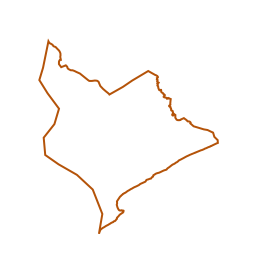 Gomoa Central, Central, Ghana (Mercator projection), rotated 350°
{"feature_id": "2480657B15531990631346", "entity_name": "Gomoa Central", "entity_type": "district", "adm_level": 2, "iso_a3": "GHA", "parent_name": "Ghana", "parent_adm1": "Central", "projection": "mercator", "projection_center": [-0.697, 5.353], "detail": "fine", "context": "isolated", "style": "outline", "palette": "amber", "viewbox_px": 256, "rotation_deg": 350, "n_neighbors": 0, "source": "geoboundaries", "source_scale": "gbopen_adm2", "svg_char_len": 5573}
<svg xmlns="http://www.w3.org/2000/svg" viewBox="0 0 256 256"><g transform="rotate(350 128 128)"><path d="M81.0,227.2L81.2,226.6L81.6,226.2L81.7,225.7L81.9,225.5L82.1,225.2L82.3,224.8L82.6,224.4L82.8,223.9L83.3,223.4L84.0,223.0L84.8,222.5L85.6,222.1L87.3,221.5L88.5,221.0L89.7,220.5L90.8,220.2L92.0,219.8L92.9,219.4L93.8,219.1L94.6,218.7L95.9,218.3L96.3,218.2L97.0,218.1L97.4,217.7L97.8,217.5L98.6,217.4L98.9,217.4L99.2,217.1L99.7,216.9L100.1,216.5L100.7,215.9L101.0,215.8L101.1,215.5L101.4,215.3L101.5,214.6L101.9,214.2L102.5,213.8L103.0,213.5L103.7,212.9L104.5,212.2L105.3,211.7L106.2,211.3L107.8,210.6L108.1,210.4L108.3,210.4L108.6,210.1L108.4,209.8L108.4,209.6L108.7,209.3L109.2,209.1L109.3,208.8L109.2,208.6L108.9,208.6L108.7,208.8L108.6,209.0L108.4,209.0L108.1,208.8L108.0,208.5L108.0,208.2L107.8,208.0L107.4,207.9L106.4,208.0L105.7,207.7L105.3,207.7L105.0,207.4L104.6,206.8L104.4,206.3L104.2,205.5L104.0,205.0L103.8,204.0L103.7,202.7L103.6,202.0L103.6,201.6L103.8,201.2L104.1,200.6L104.2,200.3L104.4,198.3L107.9,194.6L108.5,194.1L109.1,193.8L109.8,193.2L110.6,192.8L111.1,192.5L111.5,192.1L111.8,192.1L112.4,191.9L113.0,191.5L113.5,191.4L114.2,191.3L114.9,190.9L116.7,190.0L118.2,189.5L120.4,188.6L121.3,188.4L122.8,187.8L124.0,187.4L125.3,187.1L126.5,186.8L127.8,186.4L128.6,186.2L129.4,185.8L130.2,185.3L131.7,184.9L132.2,184.8L134.9,184.1L135.4,184.0L136.0,183.7L137.0,182.5L137.4,182.3L138.0,182.2L139.3,182.1L140.0,181.9L140.6,181.8L141.4,181.8L141.8,181.8L142.1,181.6L142.5,181.1L142.9,180.8L143.3,180.5L143.8,180.4L144.2,180.2L144.4,179.9L144.5,179.4L144.7,179.0L145.3,178.7L145.9,178.6L146.8,178.1L147.6,177.8L148.6,177.6L150.9,177.4L152.1,177.1L155.6,176.1L156.9,175.9L158.0,175.8L158.4,175.7L158.8,175.6L159.2,175.2L159.5,174.9L159.9,174.6L161.9,173.7L163.0,173.1L164.3,172.4L165.5,171.8L166.2,171.6L166.8,171.5L167.5,171.2L168.2,171.0L168.8,170.6L169.6,170.3L170.1,170.2L171.1,169.7L171.7,169.4L171.9,169.2L172.2,168.9L173.0,168.6L173.8,168.4L174.5,168.2L177.6,167.2L179.9,166.4L181.2,166.0L182.9,165.6L184.1,165.2L196.1,162.6L196.5,162.6L197.2,162.5L199.0,162.1L199.3,162.0L200.0,161.7L200.7,161.6L201.7,161.4L202.8,161.1L203.9,160.8L205.5,160.6L205.9,160.3L206.1,160.2L207.0,160.2L207.7,159.9L210.2,159.2L212.8,158.5L213.9,158.3L214.2,155.5L211.5,151.7L211.0,147.4L206.0,143.8L202.4,142.5L192.9,137.7L191.5,135.9L190.5,134.7L190.4,134.5L190.2,134.3L190.6,133.7L190.4,133.3L190.4,133.1L189.9,132.5L189.5,132.3L189.3,132.2L189.0,132.0L188.5,132.0L188.4,132.0L187.9,131.8L187.6,131.4L187.2,130.6L186.8,130.2L186.3,129.6L185.8,129.1L185.4,128.7L185.0,128.4L184.8,128.2L184.7,128.0L181.5,128.8L181.3,129.1L181.1,129.2L180.8,129.2L180.5,129.2L179.9,129.1L179.7,129.2L179.4,129.1L178.7,129.0L178.5,128.9L178.1,128.8L177.9,128.7L177.3,128.2L176.4,126.1L176.9,123.4L176.3,122.8L176.1,122.6L175.9,122.3L175.6,122.3L175.4,122.4L175.3,122.5L175.2,122.7L175.0,123.1L174.8,123.5L174.7,123.5L174.3,123.5L174.0,123.2L173.9,123.1L173.9,122.9L173.9,122.4L174.2,122.1L174.4,121.8L174.7,121.4L175.0,121.0L175.1,120.7L174.9,120.1L174.8,119.8L174.9,119.6L175.0,119.4L175.0,119.2L174.9,119.1L174.5,118.6L173.8,118.3L173.7,118.2L173.6,117.9L173.6,117.7L173.8,116.3L173.7,116.1L173.6,115.8L173.4,115.6L173.3,115.4L173.5,114.9L173.5,114.7L173.4,114.4L173.2,114.2L172.8,114.2L172.6,114.1L172.4,113.8L172.4,113.6L172.3,113.4L172.4,113.2L172.7,113.0L173.1,112.9L173.3,112.7L173.8,112.4L173.8,112.1L173.7,111.9L174.6,108.5L175.1,106.9L173.8,106.1L173.7,105.9L173.3,105.8L172.9,106.0L172.5,105.8L172.5,105.7L172.5,105.4L172.3,105.4L172.2,105.4L172.0,105.7L171.7,105.9L171.5,106.0L171.4,105.9L171.3,105.5L170.9,104.9L170.6,104.7L170.3,104.6L169.9,104.3L169.6,104.3L169.0,104.1L168.9,104.0L168.6,103.6L169.1,103.3L169.4,102.2L169.7,102.2L169.8,102.2L170.0,102.0L169.9,101.8L169.6,101.4L169.4,101.5L169.2,101.7L169.0,101.4L168.8,100.9L168.8,100.4L168.7,100.3L168.5,99.9L168.4,99.6L168.1,99.4L167.8,99.1L167.5,99.0L167.4,98.9L167.0,98.2L167.0,97.5L167.2,96.8L167.2,96.3L167.2,96.2L166.9,96.1L165.6,96.3L165.2,95.8L165.0,94.6L164.9,94.1L164.8,93.9L164.9,92.0L164.5,91.7L164.4,91.5L164.3,91.2L164.4,90.9L164.9,90.4L164.9,89.9L164.8,89.7L164.6,89.2L165.1,88.8L165.5,89.0L165.8,88.9L166.0,88.8L166.1,88.7L165.8,88.4L165.6,88.4L165.3,88.2L165.1,87.8L164.9,87.6L164.8,87.3L164.9,87.2L165.1,87.0L165.2,86.8L165.4,86.2L165.5,85.9L165.2,85.6L165.0,85.4L164.8,85.3L164.8,85.1L164.9,84.9L165.1,84.7L165.2,84.4L165.3,84.1L165.2,83.8L165.4,83.7L165.6,83.6L165.8,83.6L166.2,83.4L166.3,83.2L166.3,82.8L166.0,82.4L165.9,82.2L165.9,81.9L164.5,80.7L164.0,80.5L157.8,75.4L140.4,82.0L130.2,86.6L115.5,91.8L115.2,91.1L113.7,89.3L112.8,88.3L111.8,87.1L110.1,85.0L109.4,83.9L108.8,83.0L108.1,82.0L107.6,80.0L107.0,77.3L105.9,76.2L104.8,75.8L103.6,75.5L101.2,75.4L100.6,75.4L98.9,75.1L98.4,75.0L97.9,74.8L96.9,73.8L90.1,66.0L86.7,63.7L86.1,63.2L84.3,62.0L83.2,61.5L83.0,61.4L82.0,61.3L81.5,61.1L81.0,60.7L79.7,59.7L79.4,59.4L79.2,59.1L79.0,58.7L78.9,58.5L78.8,57.4L78.7,57.1L78.7,56.9L78.4,56.7L78.2,56.4L77.8,55.9L77.6,55.5L72.8,56.5L71.1,53.1L71.3,51.9L71.5,50.9L71.7,50.6L71.7,50.3L72.7,49.1L73.7,49.2L73.7,48.8L73.7,48.0L73.6,46.9L73.7,46.4L73.7,46.0L74.0,45.1L74.1,44.9L74.2,44.3L74.4,42.8L74.2,41.8L74.1,41.3L73.8,40.4L73.3,39.4L73.0,39.0L72.7,38.6L72.4,38.2L72.2,37.8L71.9,37.4L71.1,36.2L70.8,35.7L69.1,34.7L68.8,34.4L68.6,34.1L68.5,33.8L68.1,32.9L66.4,31.4L66.0,31.2L65.6,30.9L65.4,30.5L65.1,30.1L64.9,29.4L64.7,28.8L54.8,53.9L49.0,65.4L54.8,79.8L63.4,97.0L56.2,111.4L43.3,122.9L41.8,140.2L53.3,151.7L69.6,165.3L82.6,182.5L87.8,208.2L81.0,227.2Z" fill="none" stroke="#b45309" stroke-width="2"/></g></svg>